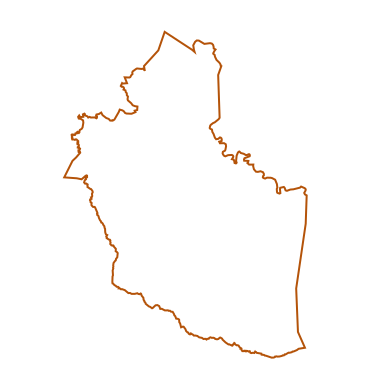 Magude, Maputo, Mozambique (Albers equal-area conic projection), rotated 186°
{"feature_id": "85939544B12261721998883", "entity_name": "Magude", "entity_type": "district", "adm_level": 2, "iso_a3": "MOZ", "parent_name": "Mozambique", "parent_adm1": "Maputo", "projection": "albers", "projection_center": [32.464, -24.759], "detail": "fine", "context": "isolated", "style": "outline", "palette": "amber", "viewbox_px": 384, "rotation_deg": 186, "n_neighbors": 0, "source": "geoboundaries", "source_scale": "gbopen_adm2", "svg_char_len": 5982}
<svg xmlns="http://www.w3.org/2000/svg" viewBox="0 0 384 384"><g transform="rotate(186 192 192)"><path d="M320.6,193.2L308.0,193.6L303.1,193.1L299.5,197.0L298.6,197.5L298.1,197.3L297.9,195.7L299.2,194.6L298.8,193.6L299.9,192.4L300.3,190.2L299.1,189.1L298.2,189.4L296.6,188.6L296.8,187.8L296.4,187.0L296.5,186.1L293.2,184.3L292.6,184.3L291.1,182.6L290.7,181.5L291.3,179.7L290.8,177.6L291.2,176.3L291.8,176.1L291.2,174.7L292.5,174.0L292.6,173.2L292.0,172.5L291.9,171.4L290.6,170.5L290.8,169.7L290.5,168.2L288.8,166.8L287.3,167.0L286.8,166.6L283.9,161.4L283.8,161.0L284.2,160.5L283.7,159.1L283.0,158.9L282.4,158.1L281.9,156.6L280.4,154.1L279.6,153.5L279.1,152.2L278.4,152.1L277.5,151.3L276.6,149.8L275.6,148.8L275.2,147.2L274.6,146.3L274.1,143.0L273.6,141.7L273.1,140.8L271.8,140.3L272.6,138.6L271.9,137.8L272.0,137.2L269.7,136.0L268.6,135.9L268.1,135.2L268.2,134.1L267.7,133.3L267.9,131.8L266.5,130.5L265.4,130.4L265.0,130.7L264.4,130.4L264.3,129.8L261.8,127.5L261.7,125.1L260.2,124.3L259.5,123.5L259.5,119.3L260.6,117.5L260.7,116.0L261.4,115.3L262.6,113.2L262.7,110.7L262.4,109.8L262.6,108.4L262.3,107.9L262.7,105.7L261.9,100.9L262.2,99.7L261.8,94.1L261.5,92.8L260.9,92.7L259.3,91.2L258.2,90.9L257.1,89.9L255.6,89.9L254.3,89.0L254.6,88.5L253.6,88.5L252.4,87.8L251.5,88.1L248.6,87.4L244.7,84.8L243.1,85.1L241.5,84.4L238.3,84.7L235.8,85.6L234.7,85.0L233.6,84.9L232.4,85.7L231.9,85.3L231.3,83.7L229.3,81.7L228.9,79.8L228.0,78.7L227.9,78.0L226.8,77.1L226.4,76.0L222.9,73.7L221.6,73.4L219.6,72.2L219.1,72.4L216.4,75.5L214.6,75.9L212.7,75.1L211.3,72.4L209.9,72.7L206.6,71.4L203.5,71.8L202.9,71.4L201.5,71.6L200.4,70.8L198.7,70.8L197.0,68.5L196.7,67.5L195.7,66.8L194.5,64.4L192.8,64.4L191.5,63.8L191.0,61.1L190.1,60.1L188.7,56.3L186.9,57.2L186.2,57.1L184.1,54.8L183.4,53.2L181.8,51.9L181.0,51.8L180.4,50.7L179.4,50.2L178.8,50.3L178.3,51.2L177.7,50.7L176.6,50.5L175.1,49.4L173.7,49.6L171.6,49.4L169.7,48.2L166.9,48.0L165.2,47.0L163.5,47.4L162.1,46.8L161.7,47.5L160.0,47.8L159.6,48.7L158.5,49.4L156.9,49.0L155.8,49.3L154.3,49.0L153.6,48.3L151.7,48.1L150.4,48.6L149.2,50.0L148.5,50.2L146.7,49.3L146.2,48.4L142.9,45.9L139.8,44.2L139.1,44.4L136.4,43.5L136.0,44.0L135.6,43.7L134.2,46.3L133.8,46.1L133.2,45.0L131.5,44.2L130.6,44.4L129.6,44.1L128.3,42.4L127.0,41.8L127.2,41.2L126.4,41.2L126.2,40.1L125.3,39.0L124.1,39.1L123.7,39.5L123.1,39.3L122.7,39.7L121.7,39.1L121.3,39.7L120.0,39.7L119.1,39.2L118.0,39.7L117.1,38.2L116.1,38.0L114.6,38.5L113.2,38.4L112.6,39.7L112.3,39.3L111.6,39.5L110.8,38.8L106.1,38.5L105.8,37.5L103.4,37.5L102.4,36.9L101.8,37.0L95.4,35.6L93.4,35.9L92.3,36.5L92.2,37.0L90.6,37.4L90.0,37.2L88.0,37.5L85.4,38.4L84.8,39.0L83.6,39.1L82.8,40.2L82.2,40.1L79.2,42.3L78.3,42.3L76.0,43.1L75.4,43.8L74.3,44.0L71.1,45.8L69.6,47.2L63.4,48.9L72.0,63.9L78.3,106.9L75.6,172.3L77.6,200.6L79.4,201.4L80.3,202.8L79.2,205.4L79.2,206.6L80.3,207.6L84.1,208.8L85.1,207.6L91.4,205.3L94.5,204.7L97.7,203.1L99.1,203.4L100.3,205.8L101.2,206.6L104.7,205.4L104.8,204.0L104.0,200.1L104.7,199.6L106.4,199.9L107.2,200.3L107.5,201.1L108.0,203.9L107.6,205.3L108.4,208.8L110.6,212.9L113.8,214.2L115.2,214.4L118.9,214.1L120.7,213.0L122.5,213.4L123.1,214.1L122.9,215.4L122.3,216.0L122.4,217.5L123.5,219.1L126.0,219.8L128.6,218.9L130.5,218.9L132.8,221.1L133.9,224.2L133.9,225.7L138.0,225.2L139.9,226.6L139.3,227.4L139.2,228.8L143.4,228.6L143.7,229.9L143.3,231.1L138.4,233.6L138.3,234.7L138.9,235.5L139.5,235.5L141.3,234.5L142.4,234.4L144.5,235.4L147.5,235.9L149.1,237.2L149.8,236.9L150.5,235.9L151.4,232.8L151.4,227.2L150.7,226.1L150.9,225.3L151.3,225.0L152.7,225.3L153.2,227.1L153.9,228.5L155.7,228.8L154.6,231.3L154.8,232.1L155.4,232.7L156.3,233.0L160.0,232.4L162.5,231.0L163.6,231.2L164.9,232.4L165.6,233.6L165.5,235.2L163.5,236.6L163.2,237.5L162.9,241.0L163.4,243.0L165.2,243.9L169.3,243.4L170.2,244.9L167.9,245.8L167.9,247.3L168.3,248.4L169.0,249.0L169.9,249.2L171.5,247.6L173.5,247.0L174.9,248.4L176.7,252.1L178.0,253.8L178.7,256.2L180.5,256.8L181.1,257.5L180.8,260.0L180.2,260.9L178.2,262.8L176.7,263.6L173.1,267.2L172.3,268.7L178.2,311.1L176.0,320.3L176.7,320.6L176.9,321.7L178.3,323.5L181.4,325.9L183.3,329.0L183.8,330.7L185.3,331.7L185.4,332.2L184.4,334.7L183.5,336.2L185.4,337.0L185.7,338.7L186.4,340.5L187.8,341.7L189.6,341.9L195.2,340.6L201.0,343.3L203.1,343.2L204.6,341.7L206.1,338.0L204.9,333.5L204.1,331.6L206.7,333.4L235.9,348.4L240.3,329.3L252.9,312.2L251.8,308.3L252.1,308.2L253.6,309.6L254.9,309.1L259.6,309.1L260.5,308.5L263.6,305.7L263.9,304.6L263.5,303.1L264.6,301.8L265.4,299.8L266.3,299.3L270.9,299.0L268.0,293.4L272.3,292.6L272.9,293.0L273.9,290.0L273.0,289.3L272.0,289.5L270.8,288.8L270.4,287.9L270.8,286.7L268.8,286.1L268.3,284.4L267.2,283.4L266.9,281.4L265.7,280.3L265.8,277.6L265.3,276.4L261.7,273.9L260.1,272.1L257.8,271.4L255.2,271.3L255.1,267.8L257.5,266.9L256.6,265.5L260.3,263.5L265.4,263.2L266.8,263.6L268.3,265.2L269.7,265.9L272.5,266.4L273.2,263.9L276.7,256.0L277.8,255.0L278.6,255.1L278.8,254.6L280.9,254.5L282.5,256.0L285.0,256.6L289.0,259.1L290.6,261.5L292.8,259.8L295.1,259.1L295.4,257.9L295.2,257.5L294.4,257.2L294.3,256.6L294.4,255.7L294.8,255.3L296.6,256.0L300.4,255.5L301.6,256.0L303.0,255.2L303.9,256.3L306.4,257.0L306.7,258.3L307.2,258.7L308.6,257.8L308.0,255.4L310.5,254.9L311.5,255.3L312.2,256.3L313.1,254.8L312.3,253.2L310.2,253.1L307.8,251.8L307.3,249.5L307.6,244.8L308.3,243.3L310.0,242.0L310.3,241.0L310.2,239.6L310.6,239.0L312.1,239.9L312.4,239.6L311.8,239.2L311.9,238.5L314.0,238.1L314.0,237.3L314.8,236.9L314.6,236.5L315.4,236.3L316.0,236.7L316.7,236.2L317.3,236.7L317.7,236.3L317.3,234.8L316.7,234.1L317.1,233.4L316.7,232.8L316.9,232.3L316.5,231.7L315.8,232.0L313.9,231.6L313.2,232.2L312.4,232.2L310.7,230.9L311.0,230.3L310.5,229.9L311.0,229.4L310.4,228.8L311.1,227.9L310.9,227.5L309.9,227.4L309.4,226.9L309.4,225.6L309.9,225.1L309.3,224.7L309.9,224.1L307.9,223.4L308.1,222.2L309.1,221.7L308.5,220.9L309.2,221.0L309.1,220.4L308.9,219.9L307.5,220.0L307.3,219.4L310.9,214.2L314.1,210.5L320.6,193.2Z" fill="none" stroke="#b45309" stroke-width="2"/></g></svg>